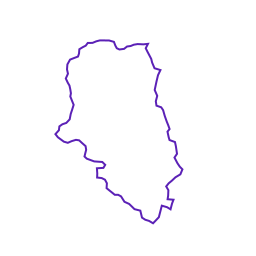 the district of Toledo, Minas Gerais, Brazil, rotated 236°
{"feature_id": "56859067B38036328952181", "entity_name": "Toledo", "entity_type": "district", "adm_level": 2, "iso_a3": "BRA", "parent_name": "Brazil", "parent_adm1": "Minas Gerais", "projection": "mercator", "projection_center": [-46.383, -22.708], "detail": "fine", "context": "isolated", "style": "outline", "palette": "violet", "viewbox_px": 256, "rotation_deg": 236, "n_neighbors": 0, "source": "geoboundaries", "source_scale": "gbopen_adm2", "svg_char_len": 1555}
<svg xmlns="http://www.w3.org/2000/svg" viewBox="0 0 256 256"><g transform="rotate(236 128 128)"><path d="M221.0,142.2L219.9,139.0L220.3,135.8L220.5,131.7L217.1,129.0L215.2,126.5L216.1,122.7L217.1,118.2L214.6,113.3L210.7,110.2L206.6,108.6L203.8,104.1L199.2,103.4L195.9,103.2L192.4,101.8L188.7,100.1L186.4,97.8L182.3,96.9L177.6,95.9L174.4,91.9L171.7,88.4L167.8,84.5L166.7,79.7L167.8,75.7L167.7,72.0L164.8,69.5L163.5,64.4L159.5,64.7L155.3,66.2L152.5,67.2L149.4,69.8L148.6,74.0L147.3,78.2L145.1,80.6L140.9,81.6L136.7,82.7L133.3,81.1L130.9,78.4L128.7,76.0L125.6,76.7L119.2,81.3L114.2,87.7L110.2,88.5L108.7,85.3L112.0,79.7L107.5,77.1L104.2,74.7L101.2,78.2L98.0,80.0L94.0,79.6L90.1,76.6L80.0,79.7L78.1,82.5L75.2,84.0L68.8,83.8L64.4,86.5L61.1,87.2L57.1,88.0L52.6,92.0L45.9,89.5L42.3,91.0L39.2,93.5L35.0,95.5L35.7,98.8L36.8,103.7L44.7,112.6L40.5,116.1L36.8,117.8L40.7,122.2L43.1,125.6L46.8,121.0L49.4,123.4L53.9,126.7L58.2,127.0L59.4,130.8L59.8,134.9L60.6,139.8L60.3,145.5L63.3,150.0L66.9,149.3L71.2,149.3L77.5,150.0L79.2,154.2L86.1,157.5L90.1,159.1L94.8,155.7L97.7,156.6L102.9,158.7L103.9,161.9L107.8,162.9L111.6,163.7L117.4,165.2L123.2,167.1L126.6,167.1L130.6,164.1L134.6,166.0L138.3,170.2L144.6,171.4L150.6,177.6L155.0,182.4L157.9,187.3L162.7,183.4L168.8,184.6L172.3,185.9L180.4,186.8L184.2,187.3L186.6,191.6L188.7,187.6L192.2,182.9L193.8,179.4L194.5,176.0L196.1,172.8L195.8,169.0L197.9,164.8L200.4,163.3L203.4,163.6L207.3,164.5L211.2,161.2L213.8,157.4L216.3,153.8L217.6,150.2L218.4,146.2L221.0,142.2Z" fill="none" stroke="#5b21b6" stroke-width="2"/></g></svg>